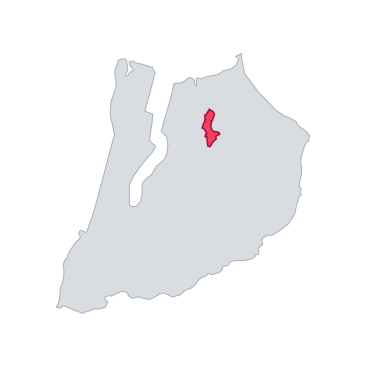 location of Gossas, Fatick, Senegal, rotated 105°
{"feature_id": "50182788B90737446104605", "entity_name": "Gossas", "entity_type": "district", "adm_level": 2, "iso_a3": "SEN", "parent_name": "Senegal", "parent_adm1": "Fatick", "projection": "orthographic", "projection_center": [-15.925, 14.558], "detail": "fine", "context": "in_parent", "style": "filled", "palette": "rose", "viewbox_px": 384, "rotation_deg": 105, "n_neighbors": 0, "source": "geoboundaries", "source_scale": "gbopen_adm2", "svg_char_len": 6788}
<svg xmlns="http://www.w3.org/2000/svg" viewBox="0 0 384 384"><g transform="rotate(105 192 192)"><path d="M294.0,176.2L298.6,184.0L297.7,187.8L296.8,193.3L299.3,197.3L302.3,199.9L304.5,202.2L306.9,205.5L307.3,212.1L307.0,216.9L308.6,219.0L309.9,221.7L309.7,223.9L308.9,226.0L306.0,228.7L305.7,233.6L310.4,239.5L313.4,242.7L313.4,244.6L314.2,246.6L316.5,248.9L317.8,248.4L319.3,246.4L319.9,245.0L323.9,245.5L325.8,246.1L328.4,250.0L329.4,252.6L330.0,255.8L332.8,259.8L335.1,262.7L335.6,264.4L337.8,266.8L336.6,272.2L336.8,275.0L335.5,282.3L335.2,285.7L335.3,286.9L338.5,289.5L338.3,293.1L335.0,292.5L329.5,292.2L318.3,294.3L314.5,293.6L307.1,294.0L301.9,295.1L295.3,297.6L290.2,297.1L287.4,295.3L283.7,295.5L279.5,294.5L275.1,292.8L271.1,291.9L266.7,288.7L264.7,288.1L263.3,289.0L262.1,290.1L260.8,290.8L258.5,290.2L257.6,288.0L258.3,285.8L258.5,284.1L257.4,283.2L254.7,283.0L250.4,283.0L243.5,282.4L241.9,282.0L226.5,281.6L210.5,281.7L196.9,281.7L179.8,281.7L167.7,281.8L156.5,281.7L147.8,286.2L138.4,291.1L125.8,293.6L111.2,292.7L106.6,293.4L101.7,295.5L98.2,297.0L93.2,298.0L86.7,297.2L84.1,297.6L82.5,295.4L80.6,291.9L81.8,289.3L85.7,287.6L91.7,285.4L94.8,286.6L96.6,286.6L97.0,285.2L96.4,284.5L91.9,282.5L89.6,280.0L87.7,281.5L86.0,284.6L84.6,285.5L82.6,286.4L81.4,284.2L80.9,282.2L81.9,280.6L81.4,271.8L82.0,267.1L81.7,262.9L84.5,260.2L87.2,258.5L97.6,258.4L107.2,258.3L116.5,258.4L126.0,258.5L127.0,250.2L129.9,249.6L134.4,248.7L142.8,247.7L152.1,246.7L154.1,245.1L155.6,242.4L156.6,239.9L158.5,238.9L161.1,239.7L164.5,240.9L168.1,242.9L172.1,244.7L174.9,245.9L181.4,248.8L192.5,252.8L201.6,254.3L212.6,251.3L220.6,249.3L221.6,245.7L220.3,242.3L214.3,239.2L206.3,239.6L203.8,240.5L200.1,241.5L197.8,242.0L194.0,241.3L189.1,238.5L186.1,235.8L181.8,234.5L176.8,233.3L168.7,227.6L164.5,226.6L160.5,226.3L152.8,227.5L145.4,230.5L141.4,237.4L134.0,237.4L118.0,237.1L103.4,236.9L91.4,237.4L90.2,232.4L87.3,228.4L82.7,225.0L81.7,221.8L83.3,219.0L87.8,216.8L88.8,215.2L86.4,215.4L82.9,216.9L80.5,216.9L80.3,212.6L76.4,206.9L72.0,197.4L67.0,193.4L62.8,185.7L58.5,182.7L54.4,181.3L51.0,181.6L49.7,185.1L45.5,180.0L51.3,178.2L63.9,171.9L78.3,153.8L91.3,132.3L93.0,127.2L94.5,123.3L95.6,114.6L97.4,109.3L99.2,108.3L101.3,104.3L104.0,97.2L107.0,93.3L110.3,92.6L112.9,92.9L114.7,94.4L120.1,95.3L129.0,95.6L136.0,94.5L140.8,92.1L147.3,90.8L155.2,90.8L159.4,89.7L159.8,87.7L160.8,87.1L162.5,87.9L164.0,87.6L165.5,86.1L167.0,86.0L168.4,87.3L175.1,87.6L186.9,87.1L197.9,90.7L208.0,98.5L213.3,103.7L213.6,106.4L215.3,109.0L218.3,111.7L221.1,112.1L223.6,110.4L225.5,110.6L227.0,112.6L229.9,113.0L233.0,111.7L235.3,112.1L235.8,113.3L236.3,114.0L237.8,114.3L239.9,115.8L242.9,120.0L245.4,125.8L247.3,133.3L249.8,137.3L252.8,137.9L254.6,139.5L254.9,141.3L255.8,142.5L257.3,143.1L259.8,142.7L262.9,145.2L266.2,150.6L266.7,153.1L266.2,154.5L266.4,155.4L268.6,156.3L270.6,158.1L272.3,160.8L275.9,163.1L281.4,165.2L285.4,168.3L287.9,172.4L293.0,175.9L294.0,176.2Z" fill="#d9dde1" stroke="#a8b0b8" stroke-width="1"/><path d="M111.1,190.4L111.1,190.5L110.9,190.7L110.8,190.8L110.7,190.8L110.6,191.0L110.4,191.1L110.2,191.3L109.9,191.5L109.7,191.7L109.6,191.8L109.5,192.0L109.3,192.0L109.2,192.1L109.2,192.3L108.9,192.6L108.8,192.8L108.7,192.9L108.6,193.0L108.5,193.3L108.5,193.5L108.5,193.8L108.4,194.0L108.4,194.3L108.4,194.5L108.4,194.8L108.4,195.4L108.3,195.5L108.2,195.6L108.0,195.8L107.9,195.8L107.8,196.0L107.7,196.1L107.6,196.3L107.5,196.5L107.8,196.7L108.0,196.8L108.3,196.8L108.5,196.9L108.7,197.0L108.8,197.0L109.1,197.0L109.3,197.1L109.6,197.2L109.7,197.3L109.8,197.3L110.0,197.3L110.3,197.4L110.5,197.5L110.9,197.5L111.0,197.5L111.3,197.5L111.5,197.4L111.5,197.5L111.6,197.4L111.7,197.5L111.8,197.5L112.0,197.6L112.3,197.7L112.5,197.8L112.9,198.0L113.0,198.0L113.3,198.2L113.6,198.4L113.7,198.5L113.8,198.6L113.9,198.8L113.9,199.0L113.9,199.3L114.0,199.3L114.3,199.3L114.5,199.3L114.8,199.2L115.1,199.3L115.3,199.3L115.6,199.4L116.2,198.9L116.3,198.8L116.6,198.7L117.1,198.6L117.4,198.4L117.7,198.3L118.0,198.0L118.2,197.9L118.2,198.2L118.3,198.2L118.8,198.2L119.0,198.2L119.4,198.2L119.5,198.2L120.0,198.4L120.4,198.1L120.5,197.9L120.8,197.8L121.1,197.7L121.3,197.8L121.5,197.8L121.7,198.0L121.8,198.0L122.0,198.2L122.1,198.3L122.3,198.4L122.4,198.6L122.5,198.6L122.8,198.6L123.0,198.7L123.3,198.7L123.6,198.7L123.9,198.7L124.1,198.7L124.3,198.7L124.7,198.7L125.0,198.7L125.3,198.7L125.8,198.7L126.2,198.7L126.4,198.7L126.5,198.8L126.8,198.8L127.0,198.8L127.2,198.7L127.5,198.8L127.5,198.5L127.5,198.4L127.6,198.1L127.7,197.8L127.8,197.5L127.9,197.4L128.0,197.1L128.0,196.8L128.1,196.7L128.1,196.4L128.3,196.2L128.5,195.9L128.9,195.6L129.0,195.5L129.1,195.3L129.3,195.2L129.5,195.0L129.6,194.9L129.8,194.7L130.0,194.5L130.1,194.4L130.3,194.2L130.5,194.0L130.6,193.9L130.7,193.7L130.8,193.5L130.9,193.4L131.0,193.2L131.3,192.9L131.5,192.9L131.8,192.9L131.9,193.0L132.1,193.0L132.3,193.2L132.3,193.3L132.5,193.5L132.7,193.8L132.8,193.8L133.1,193.9L133.4,193.7L133.6,193.7L133.8,193.6L134.0,193.6L134.4,193.7L134.5,193.7L134.7,193.8L134.8,193.8L134.9,193.7L135.0,193.7L135.3,193.5L135.2,193.4L135.2,193.2L134.9,193.0L134.7,192.9L134.4,192.9L134.2,192.7L134.2,192.4L134.3,192.2L134.5,192.1L134.8,192.0L135.0,192.0L135.2,191.9L135.3,191.9L135.5,191.8L138.1,190.8L139.4,190.3L140.7,189.8L142.0,189.3L143.3,188.8L143.3,188.7L143.6,186.4L142.8,185.9L141.9,185.7L141.0,185.5L139.3,185.1L138.6,184.8L137.9,184.4L137.2,184.1L136.6,183.7L136.0,183.3L135.4,182.9L134.7,182.4L134.1,182.4L133.7,183.0L132.9,183.4L131.4,182.9L130.7,182.0L130.0,181.2L129.2,180.4L129.2,180.5L128.9,180.7L128.8,180.8L128.6,180.8L128.4,180.9L128.3,181.0L128.2,181.0L127.8,181.1L127.8,181.3L127.8,181.5L127.7,181.6L127.7,181.8L127.6,182.1L127.6,182.3L127.5,182.5L127.5,182.9L127.5,183.0L127.4,183.2L127.4,183.4L127.4,183.5L127.5,183.7L127.5,183.8L127.5,184.0L127.6,184.3L127.6,184.6L127.6,184.8L127.7,185.1L127.7,185.4L127.8,185.6L127.8,185.8L127.8,186.1L127.8,186.3L127.8,186.6L127.8,186.8L127.7,187.0L127.6,187.3L127.5,187.5L127.4,187.8L127.4,188.0L127.2,188.2L127.2,188.3L127.0,188.5L126.9,188.6L126.7,188.9L126.5,189.0L126.3,189.1L126.2,189.2L126.0,189.3L125.9,189.5L125.7,189.6L125.5,189.8L125.4,189.9L125.2,190.0L124.9,190.2L124.6,190.3L124.3,190.5L124.2,190.5L123.8,190.7L123.6,190.7L123.4,190.8L123.2,190.8L122.9,190.9L122.7,190.9L122.1,191.0L121.8,191.0L121.7,191.0L121.4,191.1L121.2,191.2L120.8,191.2L120.7,191.2L120.4,191.2L120.1,191.2L119.9,191.1L119.6,191.2L119.4,191.3L119.1,191.5L118.9,191.6L118.7,191.8L118.4,191.9L118.3,192.0L118.2,192.0L118.1,191.1L117.7,190.9L117.4,190.9L117.1,190.8L116.7,190.8L116.4,190.7L116.2,190.7L115.6,190.7L115.2,190.6L114.7,190.6L114.2,190.6L113.6,190.5L113.0,190.4L112.3,190.4L111.9,190.4L111.4,190.4L111.1,190.4L111.1,190.4Z" fill="#f43f5e" stroke="#9f1239" stroke-width="1.5"/></g></svg>